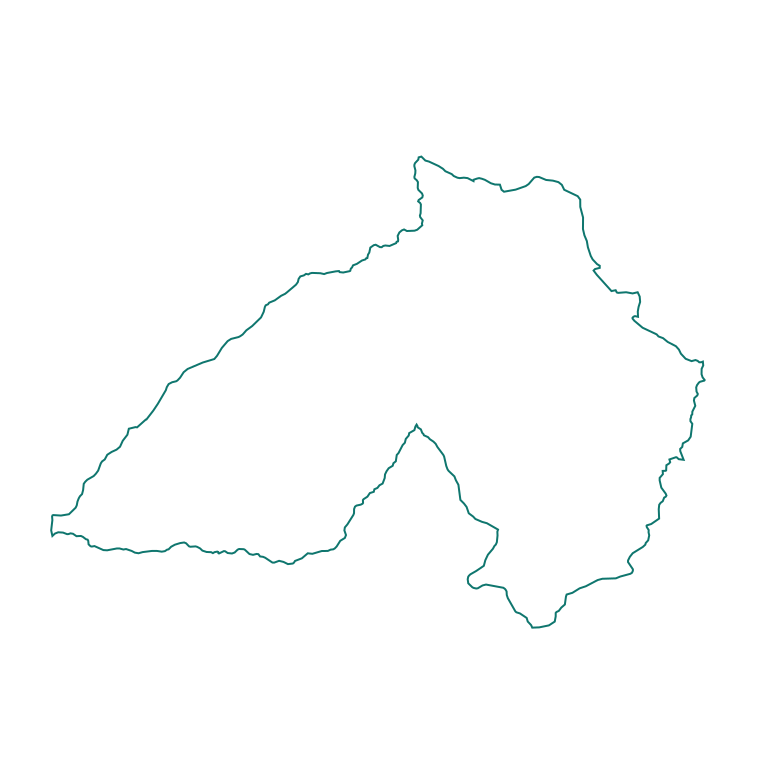 Choachí, Cundinamarca, Colombia, rotated 185°
{"feature_id": "7082276B43680544899028", "entity_name": "Choachí", "entity_type": "district", "adm_level": 2, "iso_a3": "COL", "parent_name": "Colombia", "parent_adm1": "Cundinamarca", "projection": "mercator", "projection_center": [-73.903, 4.577], "detail": "fine", "context": "isolated", "style": "outline", "palette": "teal", "viewbox_px": 768, "rotation_deg": 185, "n_neighbors": 0, "source": "geoboundaries", "source_scale": "gbopen_adm2", "svg_char_len": 6105}
<svg xmlns="http://www.w3.org/2000/svg" viewBox="0 0 768 768"><g transform="rotate(185 384 384)"><path d="M119.9,221.1L125.4,227.9L125.5,229.5L124.0,233.3L121.5,237.1L112.0,244.2L109.7,246.7L109.4,248.4L107.2,251.3L106.6,256.4L107.5,259.2L107.6,261.6L109.7,264.3L110.1,265.6L109.8,266.1L105.6,267.8L98.2,273.9L99.4,283.3L99.3,287.7L98.1,289.7L96.1,291.5L95.0,295.2L93.5,296.3L92.9,297.5L93.8,299.3L98.7,304.9L101.0,312.0L101.2,314.5L98.3,318.5L98.8,321.7L95.8,322.1L95.4,322.5L95.6,327.7L93.0,329.7L92.1,331.1L93.1,333.7L86.8,336.5L86.1,336.5L83.8,334.8L78.9,334.6L83.0,342.9L83.3,345.1L81.4,347.3L81.1,350.9L76.1,354.3L73.9,358.2L73.4,371.2L75.5,373.7L75.7,375.8L75.2,377.5L75.2,379.5L74.3,380.5L74.4,383.4L72.0,389.4L73.8,394.5L73.6,397.1L70.9,399.9L70.5,401.4L72.0,403.7L72.7,407.8L72.1,410.1L70.4,412.9L69.3,413.8L65.2,415.3L64.9,415.9L67.2,418.4L68.5,421.4L68.9,426.8L67.6,430.3L68.3,434.1L69.9,433.3L71.8,433.1L73.6,434.4L75.8,435.0L79.6,433.6L85.7,435.4L90.9,440.1L93.2,444.0L96.5,447.1L105.0,450.6L110.0,454.0L114.7,455.3L116.7,457.2L131.3,462.6L140.0,468.7L142.1,470.8L142.2,471.6L141.3,472.8L139.9,473.5L136.8,473.1L137.5,478.3L137.1,483.0L136.0,488.1L136.9,493.4L139.3,497.5L144.2,495.9L150.8,496.5L158.7,495.2L160.1,495.5L161.4,497.6L165.5,496.4L181.5,511.3L185.1,515.3L183.8,516.9L179.2,518.5L179.4,520.6L182.2,522.0L187.0,526.3L189.2,529.6L192.8,538.0L194.4,544.1L197.3,549.6L199.3,555.7L200.2,567.2L203.9,577.5L204.6,584.8L207.4,588.0L221.4,593.2L224.2,597.9L227.8,600.3L233.4,601.3L240.3,601.4L247.5,603.7L249.8,603.7L252.3,602.7L257.3,595.8L260.1,593.5L269.8,589.1L281.2,586.0L283.8,587.7L285.9,592.7L290.9,592.4L295.0,593.3L301.3,596.2L304.4,597.0L307.2,597.4L309.1,596.8L312.5,595.3L312.5,593.9L318.7,596.4L322.4,596.5L326.5,595.7L328.8,595.9L332.7,597.3L334.8,599.0L341.4,601.3L344.0,603.5L348.6,605.9L358.6,609.5L362.3,610.2L366.6,613.8L369.2,612.8L369.4,610.5L372.3,606.8L372.8,605.3L372.8,603.8L371.3,599.5L371.2,596.6L371.8,592.9L371.4,591.5L369.1,589.8L367.8,588.1L367.5,582.3L366.7,580.4L362.7,577.1L361.8,575.1L362.1,573.2L365.5,570.3L365.9,568.9L363.8,567.5L362.9,566.1L362.4,557.3L362.9,554.9L362.4,553.3L359.7,550.4L360.2,547.0L359.7,545.5L364.3,540.6L366.9,539.4L374.5,538.4L377.5,539.7L379.6,538.6L381.9,536.3L383.3,532.7L382.4,528.8L382.5,527.3L383.8,526.8L384.2,525.4L390.5,522.0L394.7,522.1L396.7,521.5L398.2,520.1L399.9,520.0L404.4,522.0L406.3,521.4L409.5,518.7L410.1,513.7L411.2,511.5L411.6,508.0L412.6,507.8L413.4,506.5L416.7,505.1L421.5,501.3L425.2,499.5L426.0,497.3L427.1,496.0L427.5,493.8L428.1,493.4L434.4,491.5L438.0,491.6L438.7,492.6L441.9,492.0L450.5,489.6L453.2,488.3L457.1,488.8L465.4,488.4L467.4,487.7L468.9,486.6L471.3,486.9L473.3,485.2L476.7,483.9L478.2,481.3L478.7,478.0L480.3,475.3L488.6,466.9L490.4,465.2L494.2,462.9L500.1,457.8L505.5,455.0L506.5,453.3L508.7,452.1L509.4,450.3L510.1,445.5L512.3,439.6L520.4,430.2L525.8,425.5L529.1,421.0L531.4,419.1L533.0,418.1L540.2,415.6L543.5,413.1L548.7,405.8L552.8,397.5L555.2,394.1L566.4,389.6L580.9,381.9L584.6,378.3L587.7,372.5L590.1,369.5L591.3,368.6L595.2,367.3L598.5,365.2L600.1,361.9L600.8,358.8L607.6,344.5L611.5,337.4L617.6,327.9L618.1,327.9L626.2,319.3L627.8,319.4L634.3,317.2L635.2,311.1L639.3,304.7L641.5,298.5L644.7,295.3L649.4,292.6L653.5,289.4L655.6,284.5L658.1,282.3L659.2,280.3L661.2,272.8L663.2,269.5L665.2,267.0L671.2,262.8L673.1,260.6L674.4,258.4L674.5,252.1L675.2,248.0L677.1,245.7L678.1,243.6L679.1,240.2L679.5,236.3L680.4,233.9L686.5,226.8L694.3,224.8L702.1,224.6L702.8,224.2L703.1,223.1L702.5,219.5L702.8,209.2L701.1,203.7L698.8,206.3L695.6,207.9L690.8,208.0L686.6,206.8L685.2,207.0L683.3,207.9L680.8,207.7L677.1,205.6L672.7,206.2L670.7,205.5L667.4,203.4L665.7,203.1L665.0,202.1L664.3,198.5L662.2,196.8L660.9,196.6L658.3,197.3L649.1,194.1L645.3,194.2L635.7,196.9L633.1,197.1L629.2,196.4L626.6,197.1L620.8,195.7L617.5,194.3L613.8,194.0L609.8,195.5L600.5,197.5L595.4,197.9L590.8,197.6L587.7,198.4L585.6,200.1L584.2,200.5L581.9,203.3L578.3,205.7L573.1,207.8L569.3,208.7L567.3,208.1L564.1,205.3L562.7,205.0L557.6,205.8L556.0,205.5L552.9,204.2L550.4,202.2L546.1,201.2L541.5,201.4L539.7,200.6L538.2,201.7L535.5,202.5L534.5,202.2L534.2,201.0L533.6,200.8L528.9,203.6L527.6,203.5L525.0,202.0L520.7,201.9L518.1,203.1L515.4,206.2L514.0,207.0L509.3,207.2L508.2,206.8L503.2,202.9L499.6,202.4L496.1,203.6L494.3,203.5L492.4,201.4L489.5,201.3L487.3,200.6L479.6,196.4L477.8,196.5L473.1,198.7L468.6,198.0L464.0,196.2L459.2,197.2L458.2,198.1L457.2,200.0L450.6,203.2L445.2,208.7L440.6,208.6L431.4,212.2L425.4,212.8L422.8,214.3L420.1,214.9L418.7,215.9L417.0,218.0L413.9,224.0L409.6,227.2L408.7,230.2L410.7,234.7L410.5,237.7L408.2,241.0L403.1,250.9L402.6,252.7L402.9,256.8L402.2,259.3L400.8,260.5L396.6,261.8L394.9,262.9L394.5,263.7L394.9,266.5L394.4,267.4L390.7,270.3L388.6,274.1L384.8,275.7L384.4,278.3L381.5,279.9L379.7,282.7L376.7,284.7L375.1,290.4L375.1,294.0L373.9,297.2L372.0,300.5L368.2,303.3L367.7,305.9L365.5,308.0L365.1,314.4L363.5,316.5L360.1,324.8L358.1,327.3L357.5,331.2L354.9,334.8L354.6,337.3L349.7,340.7L349.0,344.4L348.0,346.4L347.0,345.0L346.7,343.8L343.3,342.0L341.7,338.7L340.3,337.5L339.8,336.4L335.5,334.9L333.5,333.0L329.7,330.9L327.3,328.9L325.3,325.9L318.7,318.5L317.8,317.0L314.8,307.7L313.2,304.4L312.0,303.0L305.8,298.1L304.0,294.4L301.1,290.1L297.8,275.2L293.9,271.9L291.0,268.7L288.3,262.6L283.6,259.7L281.2,257.5L274.3,255.2L269.4,254.3L257.7,248.9L258.2,246.7L257.7,243.0L257.8,236.2L258.6,233.8L259.9,232.2L261.1,229.4L265.6,223.0L267.7,217.3L268.7,211.6L275.8,205.8L281.4,201.9L282.7,200.4L283.3,199.3L283.6,196.8L282.7,192.8L278.4,189.3L277.1,188.7L274.3,188.3L272.7,188.7L268.3,191.9L264.9,193.1L247.3,191.4L245.5,190.3L244.5,189.1L243.8,188.0L243.3,184.5L242.0,181.5L233.3,168.9L232.2,168.1L228.6,167.3L221.5,163.4L220.1,159.9L216.4,156.6L215.1,154.2L208.1,155.1L198.7,157.9L193.2,162.2L192.7,167.5L193.0,170.9L192.3,171.9L190.1,173.2L187.9,176.7L184.6,180.1L184.2,188.1L183.7,190.2L178.1,192.4L171.3,197.5L165.3,200.1L154.1,207.3L149.5,209.0L136.1,210.6L131.8,212.8L122.0,216.4L120.5,217.6L119.8,219.6L119.9,221.1Z" fill="none" stroke="#0f766e" stroke-width="2"/></g></svg>